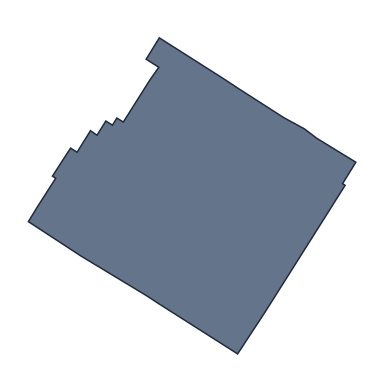 outline of Newton, Arkansas, United States of America, rotated 31°
{"feature_id": "52423323B24705008980857", "entity_name": "Newton", "entity_type": "district", "adm_level": 2, "iso_a3": "USA", "parent_name": "United States of America", "parent_adm1": "Arkansas", "projection": "equal_earth", "projection_center": [-93.303, 35.925], "detail": "fine", "context": "isolated", "style": "filled", "palette": "slate", "viewbox_px": 384, "rotation_deg": 31, "n_neighbors": 0, "source": "geoboundaries", "source_scale": "gbopen_adm2", "svg_char_len": 539}
<svg xmlns="http://www.w3.org/2000/svg" viewBox="0 0 384 384"><g transform="rotate(31 192 192)"><path d="M67.1,284.9L67.0,301.7L130.4,304.1L206.2,304.3L221.7,304.9L314.5,307.3L316.5,256.4L318.8,154.4L319.8,107.4L316.8,107.3L317.1,82.4L317.1,82.1L271.6,81.7L255.8,80.0L232.0,81.0L177.8,79.4L162.3,78.7L99.8,77.1L84.6,76.7L84.3,101.8L99.3,102.2L98.2,117.8L97.1,167.4L89.5,167.3L89.4,175.7L81.6,175.5L81.3,192.3L73.4,191.7L73.0,217.1L65.3,216.9L64.2,250.3L68.1,250.4L67.1,284.9Z" fill="#64748b" stroke="#1e293b" stroke-width="1.5"/></g></svg>